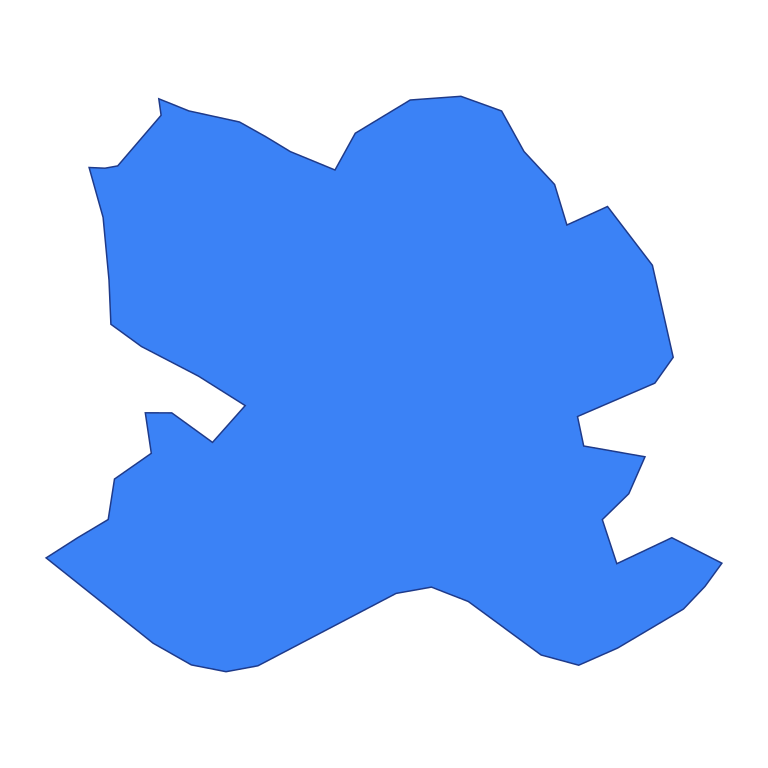 the border of Bauska
{"feature_id": "LVA-1079", "entity_name": "Bauska", "entity_type": "Municipality", "adm_level": 1, "iso_a3": "LVA", "parent_name": "Latvia", "parent_adm1": "", "projection": "albers", "projection_center": [24.265, 56.397], "detail": "fine", "context": "isolated", "style": "filled", "palette": "blue", "viewbox_px": 768, "rotation_deg": 0, "n_neighbors": 0, "source": "natural_earth", "source_scale": "10m", "svg_char_len": 811}
<svg xmlns="http://www.w3.org/2000/svg" viewBox="0 0 768 768"><path d="M721.9,563.2L705.0,586.4L683.5,609.0L617.7,648.0L578.7,665.2L541.1,655.0L468.3,601.5L431.4,587.1L396.1,593.4L257.9,665.8L227.7,671.4L226.0,671.7L191.3,664.9L153.1,643.2L46.1,557.9L77.5,537.8L108.2,519.5L114.5,479.0L151.3,453.3L145.3,412.8L171.8,412.9L212.5,442.4L245.2,405.6L198.4,376.1L141.4,346.5L110.9,324.3L109.0,280.1L103.1,217.4L89.1,167.5L105.0,168.2L117.7,165.9L161.1,115.3L158.8,98.8L188.8,110.9L239.5,122.0L265.9,136.8L290.3,151.6L335.0,170.0L355.3,133.2L410.2,100.0L460.9,96.3L501.6,111.0L524.0,151.5L554.6,184.5L566.9,225.0L607.5,206.5L652.4,265.3L673.2,357.3L654.9,383.1L577.5,416.5L583.7,446.0L645.0,456.8L628.8,493.7L602.3,519.6L616.8,563.7L671.8,537.7L721.9,563.2Z" fill="#3b82f6" stroke="#1e3a8a" stroke-width="1.5"/></svg>